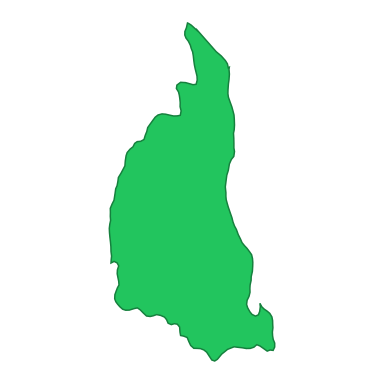 V-1 Mahaica/Mahaicony, Mahaica-Berbice, Guyana
{"feature_id": "73187651B37503921444880", "entity_name": "V-1 Mahaica/Mahaicony", "entity_type": "district", "adm_level": 2, "iso_a3": "GUY", "parent_name": "Guyana", "parent_adm1": "Mahaica-Berbice", "projection": "robinson", "projection_center": [-57.895, 6.278], "detail": "fine", "context": "isolated", "style": "filled", "palette": "green", "viewbox_px": 384, "rotation_deg": 0, "n_neighbors": 0, "source": "geoboundaries", "source_scale": "gbopen_adm2", "svg_char_len": 2849}
<svg xmlns="http://www.w3.org/2000/svg" viewBox="0 0 384 384"><path d="M115.8,301.7L117.7,304.3L119.9,306.8L122.6,309.2L125.6,310.2L129.3,310.1L134.1,308.6L137.4,307.9L140.3,309.9L143.1,312.8L146.5,316.0L150.1,316.5L153.2,315.8L156.6,314.6L160.6,315.4L164.5,317.1L166.6,319.7L168.1,323.2L171.3,324.6L174.4,323.7L177.3,324.2L179.6,327.0L180.0,332.2L180.6,335.5L183.6,336.1L187.2,337.5L188.9,341.7L190.7,345.5L193.8,348.3L197.3,348.4L200.4,348.6L203.8,349.9L206.7,352.2L209.5,356.5L211.8,360.0L214.7,361.0L217.4,359.3L219.7,356.5L221.8,354.0L224.2,352.1L227.5,349.4L230.5,348.2L234.1,346.8L237.9,347.3L242.4,347.8L246.3,348.5L250.3,348.4L253.9,347.2L256.8,344.7L260.0,346.0L263.0,348.1L267.2,351.1L270.1,350.0L273.1,350.4L274.7,347.0L274.7,343.1L273.2,339.4L272.6,335.8L272.4,332.1L272.9,327.8L272.7,324.2L272.6,320.6L271.9,316.9L269.8,313.4L267.1,311.1L264.3,309.2L261.8,306.8L259.9,303.3L260.3,306.8L259.7,311.4L258.4,314.8L255.5,316.1L252.0,314.4L249.9,311.8L247.7,307.9L246.6,304.4L247.1,300.3L249.0,296.4L250.0,292.3L249.9,288.4L250.1,285.0L251.1,280.4L251.2,276.7L252.4,271.3L252.7,266.3L252.8,262.4L252.5,258.5L251.6,254.7L249.6,251.8L246.8,248.1L244.6,245.8L242.0,242.6L240.6,239.3L238.2,234.5L236.4,229.5L234.5,226.0L233.0,222.0L231.9,217.6L230.5,213.6L229.4,210.4L228.2,206.9L227.3,203.7L226.2,199.7L225.9,196.3L225.9,192.7L225.3,186.9L225.9,182.1L226.8,175.2L228.3,170.4L229.4,163.9L231.4,159.4L233.8,156.4L234.5,151.5L233.9,148.0L233.9,143.5L233.8,138.5L233.5,133.2L234.2,129.8L234.5,125.1L234.3,119.4L234.0,115.0L232.9,110.7L231.9,107.0L230.2,102.3L228.4,97.2L227.9,93.6L228.0,89.7L228.4,84.0L229.0,79.7L229.4,74.1L229.0,69.2L229.3,67.3L228.3,67.9L227.4,63.8L225.4,60.6L221.3,56.0L216.2,51.7L197.0,29.9L197.0,30.4L191.2,25.1L188.5,23.4L187.5,23.0L186.4,27.8L184.9,31.5L184.8,35.0L186.0,38.1L188.3,41.1L190.3,45.1L191.3,48.7L192.6,51.8L193.3,55.9L193.8,60.5L194.4,64.9L195.2,68.8L196.2,72.8L197.0,76.1L197.2,80.1L196.1,84.3L193.0,84.7L189.9,83.8L185.5,82.6L180.6,82.3L176.9,85.1L176.4,88.5L178.5,91.9L179.3,95.1L179.8,98.5L180.2,102.5L180.1,106.7L181.1,110.9L180.3,115.3L177.2,115.9L173.7,116.0L169.9,115.2L165.6,114.2L162.0,113.9L158.0,115.0L155.2,117.2L153.1,120.0L150.0,124.3L147.7,127.6L146.8,131.5L145.3,135.2L144.0,139.5L140.7,141.3L137.2,141.6L134.7,143.4L133.0,146.8L130.1,149.1L127.2,152.5L126.1,155.7L125.3,160.8L124.9,165.9L123.1,169.3L121.2,172.9L118.4,177.5L117.9,181.3L117.1,185.6L115.7,188.8L115.1,193.2L114.6,196.5L114.0,200.3L112.2,203.8L110.3,208.3L110.4,212.2L110.3,216.4L110.6,220.4L109.8,224.2L109.3,228.4L109.5,232.8L109.9,237.1L110.5,242.3L110.9,246.8L111.0,251.6L111.6,256.1L111.2,259.7L111.0,263.0L114.1,261.4L117.1,262.9L118.7,265.9L117.4,269.9L117.2,273.8L117.9,277.4L118.7,281.3L119.0,284.9L117.4,287.9L116.2,291.0L114.9,294.7L114.7,298.8L115.8,301.7Z" fill="#22c55e" stroke="#15803d" stroke-width="1.5"/></svg>